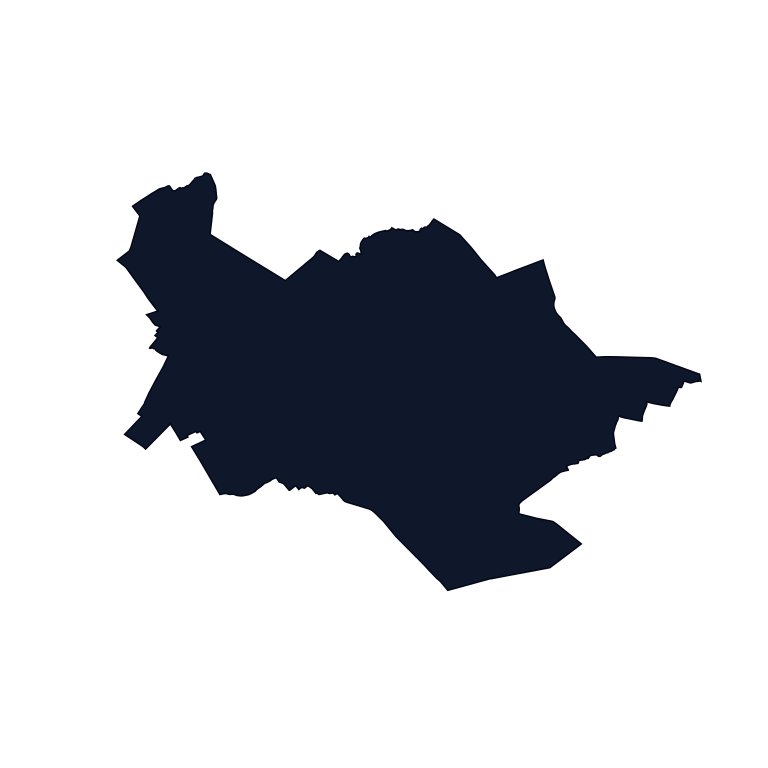 the district of Giarmata, Timis, Romania, rotated 20°
{"feature_id": "2599482B59348801816011", "entity_name": "Giarmata", "entity_type": "district", "adm_level": 2, "iso_a3": "ROU", "parent_name": "Romania", "parent_adm1": "Timis", "projection": "natural_earth1", "projection_center": [21.324, 45.849], "detail": "fine", "context": "isolated", "style": "filled", "palette": "ink", "viewbox_px": 768, "rotation_deg": 20, "n_neighbors": 0, "source": "geoboundaries", "source_scale": "gbopen_adm2", "svg_char_len": 6138}
<svg xmlns="http://www.w3.org/2000/svg" viewBox="0 0 768 768"><g transform="rotate(20 384 384)"><path d="M484.0,540.5L489.5,543.4L499.9,548.5L504.6,550.3L514.5,556.1L550.0,530.9L551.0,530.5L565.6,521.8L602.5,500.0L602.9,498.9L603.2,499.1L624.1,466.8L593.8,456.5L591.2,455.8L589.7,455.5L589.2,455.5L573.6,458.0L555.6,459.8L554.6,459.0L554.7,458.3L553.8,455.0L552.0,451.6L552.1,450.0L553.4,447.2L555.1,444.5L573.5,417.3L574.7,414.5L576.2,412.6L578.4,408.7L579.9,406.7L580.9,405.7L584.0,403.6L586.6,402.0L586.1,401.3L585.0,400.2L583.5,399.2L584.4,398.2L584.6,397.7L585.0,397.3L588.3,394.9L589.5,394.2L590.4,394.0L591.7,393.0L593.0,392.6L593.6,391.8L593.6,391.5L593.6,391.1L593.1,390.4L593.1,389.5L593.0,389.4L594.5,388.7L595.2,388.0L596.3,387.7L597.2,387.0L598.0,386.7L598.4,386.0L599.1,385.7L600.2,384.5L601.3,384.1L601.5,383.7L601.1,383.1L601.2,382.9L601.6,382.7L601.7,382.4L601.9,381.7L602.3,380.8L604.9,379.1L605.4,379.1L605.8,378.6L606.9,378.4L607.4,377.8L607.7,377.7L608.5,378.1L610.2,378.5L611.1,378.4L611.9,378.0L612.8,376.4L613.6,375.4L616.0,373.3L616.7,372.4L617.3,372.1L617.7,372.1L617.9,371.9L618.9,370.6L619.5,370.1L620.5,369.5L621.9,367.7L622.9,366.9L622.7,366.3L622.8,365.9L623.1,365.5L623.6,365.2L623.8,365.0L623.8,364.8L623.0,364.1L623.0,363.9L622.6,363.2L621.4,361.6L616.5,352.1L616.1,350.6L615.9,346.9L615.6,344.6L615.7,342.0L615.6,340.0L616.0,338.6L616.0,337.1L615.7,336.0L615.6,334.9L615.6,334.3L615.8,333.8L616.1,333.6L616.8,333.6L617.6,333.6L617.6,333.9L622.1,333.5L625.0,333.0L637.2,331.2L639.2,330.6L638.7,328.7L637.8,325.6L637.7,323.9L637.8,318.4L637.9,318.1L637.9,317.0L638.0,314.8L638.0,313.6L637.6,312.2L636.8,310.9L644.9,310.1L646.6,309.7L651.8,308.9L659.0,307.4L660.1,307.0L659.9,306.7L659.8,306.0L659.9,303.1L660.6,299.7L661.2,293.5L661.4,292.8L661.7,287.2L661.8,286.4L663.5,286.0L664.7,285.5L664.9,282.9L665.0,280.4L664.6,278.7L664.9,278.6L670.2,278.3L671.6,278.2L673.2,277.3L674.6,276.1L676.6,274.8L679.2,273.5L679.8,273.1L681.0,273.1L677.1,266.7L676.4,266.9L631.6,266.9L629.8,267.0L626.5,267.9L626.0,268.0L609.0,273.7L595.4,278.2L583.9,282.2L574.2,286.2L561.4,279.2L546.8,272.3L542.3,270.4L538.0,268.2L533.9,266.6L532.1,265.4L527.5,261.4L524.7,260.1L521.5,258.2L519.5,256.2L518.0,254.4L516.9,252.7L516.3,251.2L515.7,249.0L515.4,245.1L514.7,243.7L503.9,230.3L495.7,219.6L492.3,214.8L491.1,213.0L468.9,232.1L460.7,239.4L453.1,245.9L452.7,245.2L450.7,243.6L449.4,242.9L432.6,234.0L419.8,226.2L404.2,217.9L374.4,211.9L374.1,212.5L374.0,213.3L373.4,214.6L373.3,215.9L373.1,216.4L372.9,216.8L372.7,217.8L372.4,218.2L372.0,219.5L371.2,220.5L370.8,221.8L368.4,222.8L367.6,224.2L367.1,224.8L366.7,224.9L366.1,224.7L365.9,224.8L365.2,226.2L365.4,227.6L365.3,227.9L364.3,229.1L361.1,230.2L360.5,230.2L358.3,229.3L358.0,229.3L357.2,229.9L356.9,230.3L356.4,230.8L355.8,230.9L354.4,231.6L353.1,232.1L352.1,232.4L349.4,232.1L348.5,232.3L346.2,233.4L344.6,233.4L343.7,233.9L342.9,234.9L342.7,235.4L340.5,234.9L337.9,234.5L337.8,235.4L337.4,236.3L337.0,236.9L334.9,239.0L334.4,239.3L334.1,239.3L333.6,239.4L333.1,239.2L332.3,239.7L329.0,241.8L326.7,243.4L324.0,245.8L322.8,247.3L321.8,248.8L322.3,249.2L322.2,249.4L320.0,251.2L319.4,250.6L319.2,251.5L318.0,252.8L316.4,253.7L316.0,253.5L315.4,253.9L314.5,256.4L314.3,258.1L314.2,258.4L314.0,258.6L314.3,259.3L314.0,260.0L314.0,260.3L314.7,262.8L314.7,263.9L314.9,264.7L315.3,265.3L316.7,266.7L317.0,267.1L317.1,267.8L317.8,268.6L318.0,269.0L318.1,269.3L317.5,269.9L316.8,270.1L316.7,269.9L316.4,269.9L315.3,269.8L314.4,269.9L313.7,270.3L313.4,271.2L313.4,271.6L313.4,272.0L313.9,272.7L314.1,274.0L312.8,274.5L310.8,274.8L310.3,275.2L309.7,275.8L309.1,276.1L308.7,275.8L306.7,274.0L305.8,273.7L304.6,273.7L304.2,274.0L302.8,275.3L302.4,276.1L302.1,277.2L301.5,278.5L301.2,280.4L300.6,281.6L299.7,284.0L299.3,284.3L278.0,280.3L276.9,281.7L275.7,283.4L274.8,287.7L273.7,289.9L255.9,320.6L205.5,310.4L169.4,302.9L164.5,282.4L163.4,279.5L163.0,277.0L162.3,274.9L162.3,272.4L162.8,269.7L163.3,268.1L163.4,267.3L163.3,266.7L159.6,259.0L158.0,256.0L157.0,254.7L149.2,246.6L148.5,246.7L146.0,246.4L145.6,246.4L144.6,246.7L143.4,247.3L143.1,247.9L142.7,249.8L142.2,250.8L139.4,252.8L137.5,253.9L135.8,255.7L135.7,256.2L135.8,256.5L135.7,257.1L134.9,258.7L133.5,262.6L132.9,263.9L130.9,265.3L129.0,268.1L127.7,268.5L126.9,269.5L126.3,269.3L125.4,269.2L124.9,269.4L124.0,270.4L121.9,273.6L120.2,274.6L119.5,274.5L117.3,273.3L116.3,272.3L115.9,272.2L115.2,271.5L114.2,271.3L113.5,271.7L112.9,272.1L111.0,274.2L106.6,277.2L105.5,278.3L103.1,281.5L101.0,283.9L95.7,291.0L94.2,292.8L87.2,302.5L87.0,303.1L97.1,309.6L99.4,342.0L99.2,346.1L91.0,359.0L101.1,362.5L101.9,362.9L103.9,364.2L114.2,371.2L127.1,379.8L132.4,383.8L135.6,386.0L146.4,392.9L137.2,400.1L141.2,402.0L145.5,405.1L148.8,406.9L154.2,406.7L152.1,411.6L152.1,412.0L154.0,412.5L152.2,416.8L155.6,417.8L151.6,429.3L151.5,430.5L152.0,430.5L154.0,429.3L154.4,429.3L155.6,429.6L157.0,429.2L157.5,429.8L158.0,430.3L158.5,430.5L161.5,431.3L164.5,431.9L166.3,432.0L169.2,431.6L171.8,431.4L170.8,441.3L170.9,441.6L168.0,459.9L166.2,473.1L165.4,483.3L165.6,483.9L165.5,484.6L162.8,496.0L167.5,497.2L157.5,520.1L177.2,524.8L179.6,525.5L182.2,526.7L196.9,494.6L204.9,500.8L212.0,506.7L217.9,500.9L216.5,499.7L223.5,492.9L225.0,493.9L227.5,491.4L235.7,497.6L224.6,508.7L237.3,518.8L267.6,544.0L270.9,541.9L273.0,541.0L277.0,540.5L279.0,539.5L280.4,539.1L284.2,539.0L287.9,538.1L290.3,537.0L291.6,536.1L293.1,535.3L294.6,534.3L296.6,532.4L299.7,528.8L300.0,527.7L300.5,526.5L302.5,523.7L303.5,522.3L305.8,518.1L307.8,516.5L310.1,514.0L311.6,511.7L314.8,508.8L318.9,511.9L323.5,511.9L325.1,512.7L331.2,516.3L331.8,516.0L335.8,509.7L340.1,512.3L340.6,511.2L341.0,510.8L341.3,510.0L341.6,509.8L343.4,508.9L344.4,509.3L344.9,509.1L346.9,505.9L347.1,505.7L347.4,505.6L347.7,505.8L349.0,506.0L352.2,506.9L357.5,510.1L358.5,509.3L360.3,510.1L360.8,510.0L362.0,509.3L368.3,505.3L368.9,505.7L370.3,505.5L373.6,503.8L375.7,505.0L377.8,502.7L385.2,506.7L385.2,506.9L386.9,507.6L387.9,507.8L389.8,507.8L412.6,506.5L413.8,506.5L416.3,507.0L419.3,508.1L430.5,513.2L447.5,523.3L484.0,540.5Z" fill="#0f172a" stroke="#020617" stroke-width="1.5"/></g></svg>